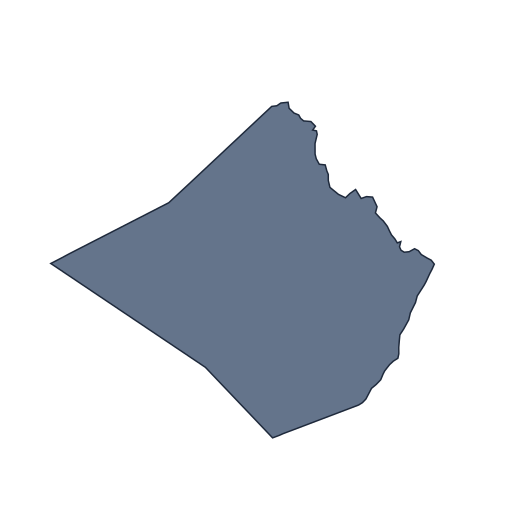 outline of Amapá do Maranhão, Maranhão, Brazil, rotated 300°
{"feature_id": "56859067B53661341879056", "entity_name": "Amapá do Maranhão", "entity_type": "district", "adm_level": 2, "iso_a3": "BRA", "parent_name": "Brazil", "parent_adm1": "Maranhão", "projection": "albers", "projection_center": [-45.895, -1.657], "detail": "fine", "context": "isolated", "style": "filled", "palette": "slate", "viewbox_px": 512, "rotation_deg": 300, "n_neighbors": 0, "source": "geoboundaries", "source_scale": "gbopen_adm2", "svg_char_len": 1175}
<svg xmlns="http://www.w3.org/2000/svg" viewBox="0 0 512 512"><g transform="rotate(300 256 256)"><path d="M156.7,88.3L146.9,82.0L134.3,267.8L106.8,361.3L112.5,366.0L115.7,368.3L178.3,419.4L182.2,421.5L187.1,422.7L199.1,422.2L204.8,424.3L211.2,425.9L217.1,425.1L220.9,424.9L228.7,426.0L233.6,427.5L238.4,430.0L242.7,428.6L248.3,425.3L253.8,422.7L259.7,420.0L266.4,420.4L277.1,420.2L283.9,418.1L295.4,417.4L302.0,415.6L314.7,416.2L318.8,416.1L327.5,415.3L332.4,415.1L338.1,414.5L340.0,409.8L339.8,405.4L339.9,398.4L341.8,393.9L341.6,389.7L336.3,386.5L333.4,382.5L333.5,378.7L335.7,375.7L340.9,374.2L338.0,371.8L340.2,367.8L342.0,362.8L344.4,359.1L347.3,355.0L350.0,348.7L351.0,344.2L353.0,337.9L359.2,336.2L365.3,327.5L362.7,322.0L358.4,318.3L363.4,309.0L357.1,306.1L351.2,304.4L350.6,296.6L352.4,285.7L357.5,280.9L362.8,277.8L365.0,274.9L369.5,270.4L367.1,264.9L370.3,259.6L373.8,256.2L382.9,250.9L391.9,248.2L394.6,245.8L393.4,242.1L398.1,242.6L399.9,236.3L396.8,229.7L397.5,225.8L399.5,222.5L398.8,217.4L400.5,210.8L405.2,206.9L400.9,201.0L396.5,198.9L393.4,194.8L285.2,162.0L258.5,153.8L164.3,93.0L156.7,88.3Z" fill="#64748b" stroke="#1e293b" stroke-width="1.5"/></g></svg>